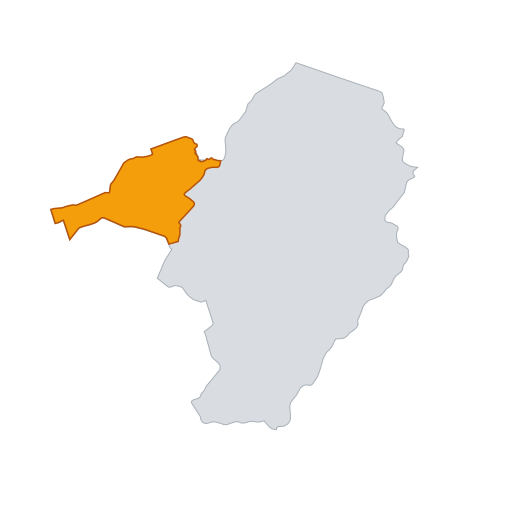 South Sudan, with Upper Nile highlighted, rotated 252°
{"feature_id": "SDS-869", "entity_name": "Upper Nile", "entity_type": "State", "adm_level": 1, "iso_a3": "SSD", "parent_name": "South Sudan", "parent_adm1": "", "projection": "equal_earth", "projection_center": [32.959, 10.08], "detail": "fine", "context": "in_parent", "style": "filled", "palette": "amber", "viewbox_px": 512, "rotation_deg": 252, "n_neighbors": 0, "source": "natural_earth", "source_scale": "10m", "svg_char_len": 6433}
<svg xmlns="http://www.w3.org/2000/svg" viewBox="0 0 512 512"><g transform="rotate(252 256 256)"><path d="M387.5,406.8L374.9,423.8L374.0,424.8L372.4,426.2L367.3,426.2L362.1,425.3L357.2,421.0L352.3,424.4L349.2,425.4L347.3,425.8L342.9,426.4L336.7,428.2L333.9,430.5L332.4,432.3L331.2,435.6L330.6,436.0L329.4,435.6L327.8,434.2L324.5,432.3L322.9,428.1L321.4,425.5L320.1,424.2L314.9,428.4L312.3,429.4L310.3,429.3L306.5,426.9L302.3,424.9L300.1,424.9L296.9,427.4L293.2,431.2L291.3,435.0L290.4,437.2L289.1,433.8L287.9,431.6L286.1,430.8L282.6,431.6L281.8,430.4L281.6,427.5L281.1,424.8L280.2,422.8L277.5,420.8L270.5,416.7L265.2,408.6L262.5,404.8L260.5,402.3L257.7,395.9L254.5,391.5L250.7,389.5L248.1,390.5L245.5,395.2L240.5,399.6L238.3,399.8L235.4,397.4L231.7,395.7L225.2,394.9L222.4,397.0L218.9,400.4L215.9,402.5L214.0,402.7L212.3,401.9L210.3,401.4L208.6,401.4L205.1,398.3L203.3,396.0L202.1,393.8L200.1,392.3L197.8,391.1L196.1,389.1L195.3,386.7L194.0,383.5L192.3,380.7L187.0,375.7L185.4,372.7L184.3,369.8L182.1,366.5L179.8,362.2L179.1,356.0L179.0,350.9L178.5,348.5L177.5,346.2L176.4,344.2L174.5,342.0L170.1,338.7L165.7,334.9L163.5,332.8L159.4,332.0L157.0,329.8L154.9,325.1L154.1,321.3L152.0,318.3L151.2,316.2L150.7,313.7L152.4,306.3L150.0,303.6L146.4,300.2L143.9,296.4L142.4,293.0L137.9,288.4L127.9,281.6L122.2,277.2L119.1,273.3L116.4,269.5L116.1,267.9L117.9,264.1L118.2,261.0L116.8,257.5L110.9,251.0L106.2,243.9L102.6,241.6L94.0,239.6L91.5,238.8L88.9,237.5L86.4,234.2L85.5,230.4L86.9,224.3L86.1,222.4L84.6,221.9L85.0,220.7L86.7,217.7L89.4,215.8L96.5,212.8L96.9,211.6L97.1,207.8L97.7,205.9L100.2,200.7L100.6,198.5L100.7,194.1L101.1,191.9L101.8,190.4L103.8,187.8L104.5,186.2L104.8,182.8L104.6,176.0L105.7,173.3L110.2,167.1L111.4,164.4L111.9,161.9L111.8,159.4L112.1,156.9L113.5,154.5L114.6,153.7L117.9,153.0L120.2,153.5L136.0,149.3L137.8,149.8L138.6,152.3L138.5,156.3L138.8,158.3L139.6,159.6L142.1,161.5L143.8,164.7L144.7,165.9L147.3,168.1L158.9,186.3L162.2,188.0L165.4,187.4L171.8,183.6L175.0,182.6L197.3,183.7L199.8,183.1L200.0,183.2L203.3,192.4L204.9,194.5L229.4,194.6L228.9,192.0L229.3,189.1L233.6,183.5L234.2,182.8L238.0,180.1L241.7,178.3L248.8,176.2L251.4,172.9L252.9,169.9L252.9,164.0L253.9,163.0L255.6,161.6L263.8,156.3L265.2,155.2L279.6,167.5L287.8,177.3L288.2,177.8L288.7,178.0L289.1,177.6L289.5,177.2L290.5,176.7L293.9,176.6L300.5,176.1L302.7,175.0L315.9,157.5L319.3,151.9L320.2,150.8L322.1,146.8L324.1,140.0L324.5,139.2L339.0,122.9L339.5,121.6L339.6,120.6L337.5,115.1L337.0,112.3L336.9,108.0L337.3,101.3L337.2,97.1L337.0,96.0L336.9,95.7L328.8,83.7L349.2,83.6L349.2,82.1L349.2,81.6L348.8,80.2L348.6,78.3L348.6,77.2L348.7,76.2L348.7,75.7L348.7,75.2L348.8,74.8L363.4,75.1L363.2,78.4L361.4,86.4L361.5,91.2L361.0,96.7L360.5,98.3L359.8,99.6L359.5,100.3L359.5,100.9L362.6,131.5L362.3,132.8L361.5,134.7L361.3,135.3L361.3,135.8L361.6,136.1L368.4,139.4L368.7,139.6L369.0,139.9L371.4,143.9L384.7,158.4L385.2,159.1L386.5,163.7L386.7,164.4L386.7,165.5L386.7,166.4L386.4,169.1L386.5,170.3L386.7,171.1L386.9,172.1L386.9,172.4L386.8,173.1L384.8,178.3L384.2,182.1L384.0,185.3L384.1,187.1L384.3,188.3L384.5,188.7L384.7,188.9L390.5,189.0L390.4,190.6L391.2,218.4L391.2,221.5L391.0,225.4L390.3,226.9L388.7,229.1L386.7,231.2L381.5,231.7L377.2,231.6L374.1,231.2L369.9,231.0L365.9,231.4L364.5,233.1L359.3,247.9L357.7,251.6L357.3,253.7L357.7,255.0L359.8,256.9L364.3,259.5L369.4,261.0L373.2,261.7L375.8,262.4L377.8,263.2L385.1,269.9L387.5,273.0L388.8,275.8L389.1,278.8L390.1,281.7L396.8,291.0L403.1,295.3L405.5,300.2L407.9,302.6L410.1,305.2L411.3,309.1L414.1,320.2L415.9,326.0L417.8,330.8L418.6,338.6L420.1,342.0L421.6,346.3L424.2,350.1L426.9,353.0L427.4,353.8L400.0,390.1L387.5,406.8Z" fill="#d9dde1" stroke="#a8b0b8" stroke-width="1"/><path d="M391.4,224.6L391.3,225.5L390.9,226.5L390.2,227.4L387.2,231.1L386.6,231.6L386.0,231.8L384.3,231.8L383.2,232.0L382.7,232.2L382.2,232.4L381.9,232.7L380.6,234.2L380.5,234.3L380.1,234.3L378.7,234.1L378.0,232.9L377.4,231.5L376.4,230.4L375.8,230.3L375.3,230.5L374.9,230.9L374.3,231.0L373.8,230.8L373.4,230.2L372.8,229.9L372.2,229.9L372.4,230.2L372.4,230.3L372.1,230.6L370.0,230.9L369.6,230.8L369.4,230.8L369.1,231.0L368.7,231.4L368.4,231.5L365.1,230.5L364.5,230.7L363.6,231.7L363.7,231.9L363.8,232.1L363.5,232.4L363.1,232.5L362.6,232.8L362.5,233.1L362.5,233.4L362.5,234.1L362.4,234.3L362.3,234.6L362.3,234.8L362.6,235.2L362.7,235.3L362.6,235.8L362.3,236.6L362.3,236.9L362.4,237.4L362.6,237.8L362.8,238.1L363.0,238.6L363.3,238.8L363.7,239.0L363.7,239.6L363.4,239.8L363.2,239.9L362.9,240.2L362.6,240.7L362.5,241.0L362.5,241.4L362.5,242.0L362.6,242.3L363.0,242.7L363.1,242.9L363.0,243.7L362.8,244.3L362.4,244.7L361.8,245.0L360.9,245.2L360.8,245.4L360.7,245.8L360.6,246.2L360.4,246.6L358.6,249.0L358.2,249.7L358.1,250.1L358.0,251.0L357.8,251.3L357.7,251.5L357.5,251.9L353.8,249.7L353.1,249.1L352.4,248.2L352.3,247.0L352.5,245.8L353.5,243.1L353.9,241.6L354.1,239.9L354.2,238.2L354.1,236.2L353.6,234.8L352.9,233.9L349.6,231.8L347.0,228.8L345.2,225.9L339.7,213.1L339.2,211.3L338.1,208.4L337.5,207.3L336.9,206.8L336.3,206.8L335.6,207.0L334.8,207.5L331.1,210.6L327.0,213.2L326.0,213.5L324.8,213.6L323.6,212.9L322.5,211.7L312.3,193.5L311.9,193.0L311.8,192.9L311.5,192.9L311.4,193.0L310.0,193.6L308.7,193.9L308.2,193.8L307.6,193.5L307.0,193.2L306.8,192.8L306.5,192.3L305.8,192.1L304.5,191.8L299.6,190.1L295.9,187.4L294.5,186.8L293.9,186.6L294.2,176.9L300.8,176.4L303.0,175.3L309.6,166.5L316.2,157.8L319.6,152.2L320.5,151.1L322.4,147.1L324.4,140.3L324.8,139.5L332.1,131.4L339.3,123.2L339.8,121.9L340.0,120.9L337.8,115.4L337.3,112.6L337.2,108.3L337.6,101.6L337.5,97.4L337.4,96.9L337.3,96.3L337.2,96.0L329.2,84.0L339.3,84.0L349.5,83.9L349.6,82.9L349.5,82.4L349.5,81.9L349.1,80.5L348.9,78.6L348.9,78.0L348.9,77.5L349.0,76.5L349.0,76.0L349.0,75.7L349.0,75.3L349.1,75.1L363.7,75.3L363.5,78.7L361.7,86.7L361.8,91.5L361.3,97.0L361.2,97.4L360.8,98.6L360.5,99.3L360.1,99.9L360.0,100.2L359.8,100.6L359.8,101.2L361.3,116.5L362.9,131.8L362.8,132.5L362.6,133.1L361.8,135.0L361.6,135.6L361.6,136.1L361.9,136.4L368.7,139.7L369.0,139.9L369.3,140.2L371.7,144.1L378.3,151.4L385.0,158.7L385.5,159.4L386.9,164.0L387.0,164.7L387.1,165.8L387.0,166.6L386.7,169.4L386.8,170.6L387.0,171.4L387.2,172.4L387.2,172.7L387.2,172.9L387.1,173.3L385.1,178.6L384.5,182.4L384.3,185.6L384.4,187.4L384.6,188.6L384.7,188.8L384.8,189.0L385.0,189.2L390.2,189.2L390.6,199.6L391.1,211.6L391.5,223.6L391.4,224.6Z" fill="#f59e0b" stroke="#b45309" stroke-width="1.5"/></g></svg>